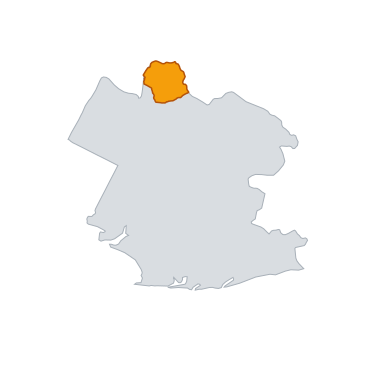 Zadiè, Ogooué-Ivindo, Gabon shown in context, rotated 297°
{"feature_id": "22940354B86386728493807", "entity_name": "Zadiè", "entity_type": "district", "adm_level": 2, "iso_a3": "GAB", "parent_name": "Gabon", "parent_adm1": "Ogooué-Ivindo", "projection": "natural_earth1", "projection_center": [13.91, 0.867], "detail": "fine", "context": "in_parent", "style": "filled", "palette": "amber", "viewbox_px": 384, "rotation_deg": 297, "n_neighbors": 0, "source": "geoboundaries", "source_scale": "gbopen_adm2", "svg_char_len": 5970}
<svg xmlns="http://www.w3.org/2000/svg" viewBox="0 0 384 384"><g transform="rotate(297 192 192)"><path d="M255.2,63.6L255.0,66.7L252.1,74.1L250.7,79.8L250.3,85.8L251.2,90.7L252.6,94.2L253.5,98.0L252.8,100.7L251.4,101.8L252.3,103.1L254.5,103.4L258.2,102.3L263.8,100.3L271.2,97.3L276.1,95.8L284.1,96.8L288.4,97.9L290.6,99.9L293.0,108.6L294.1,110.0L296.1,113.7L297.7,118.1L298.0,120.4L297.9,122.0L296.2,124.4L294.4,128.0L293.7,130.1L292.2,131.7L290.3,133.3L284.9,133.9L284.1,134.8L282.6,138.6L279.7,141.8L278.5,144.8L277.3,148.9L277.5,153.8L277.0,161.0L276.4,165.9L277.8,167.6L284.2,168.8L285.5,169.7L287.2,172.8L289.4,175.6L295.2,177.4L297.5,179.5L299.3,181.9L299.6,183.8L298.3,191.6L297.0,199.1L297.5,204.8L298.0,210.3L298.7,218.2L298.3,223.0L296.7,226.0L296.7,228.3L297.4,231.1L296.0,238.8L295.0,240.1L292.4,241.6L291.0,243.6L290.6,246.9L289.2,251.3L287.7,253.0L287.7,255.1L289.1,256.6L289.1,258.9L286.5,261.6L284.9,263.8L281.4,264.8L277.4,263.7L276.5,262.2L277.4,259.8L277.1,257.8L275.7,255.8L273.6,250.7L271.7,249.6L270.6,251.7L267.4,255.6L261.6,260.7L257.6,261.1L250.2,259.5L244.0,257.1L241.0,251.2L239.2,246.3L236.5,240.6L233.6,237.9L230.4,236.2L229.0,236.1L224.4,239.2L223.0,240.5L223.1,243.2L223.5,245.6L224.2,246.8L224.8,248.4L224.7,250.9L223.9,254.2L223.6,257.8L209.3,261.4L206.8,260.1L205.0,258.5L202.9,258.8L196.7,260.6L194.4,259.3L192.2,258.4L191.1,259.2L191.0,260.7L192.1,269.3L191.8,272.6L190.4,276.8L189.6,279.7L193.4,280.6L194.8,281.9L196.1,284.1L197.9,286.1L198.1,287.3L196.0,289.5L195.3,292.3L196.3,294.5L198.9,296.7L202.6,299.1L204.5,300.6L204.3,302.0L202.5,305.0L201.9,307.5L200.7,309.8L200.9,311.9L202.6,313.9L202.4,315.6L201.3,316.9L198.9,316.7L197.0,316.8L195.2,316.3L189.6,309.5L188.4,309.3L180.3,314.5L178.3,316.7L176.7,319.8L174.4,326.4L170.8,322.5L167.6,315.4L163.9,311.1L156.1,304.0L154.1,298.8L145.2,287.4L132.4,275.9L123.2,266.0L121.8,263.8L123.3,264.1L132.3,269.0L133.5,268.5L134.5,267.3L130.6,264.8L127.0,262.7L123.5,261.4L120.1,261.5L118.1,259.4L116.9,256.2L116.3,253.5L114.7,250.7L109.8,244.8L108.6,242.5L106.0,239.4L107.6,239.0L112.8,241.9L113.3,240.8L112.8,239.0L107.6,236.2L104.7,236.0L104.1,234.0L104.4,231.7L100.7,223.2L96.8,216.7L96.1,213.7L106.7,227.7L108.1,227.9L110.0,227.8L114.3,226.2L113.5,224.3L111.5,222.3L109.6,223.3L107.1,223.4L105.8,222.6L105.2,221.2L107.7,214.4L106.7,214.7L105.9,215.9L104.5,216.5L102.4,216.9L97.2,213.2L92.6,203.4L91.4,201.4L90.2,198.0L88.9,196.6L83.7,182.7L85.7,183.7L88.1,187.7L92.8,186.9L94.6,184.5L96.2,184.6L97.8,184.1L99.9,181.9L105.8,172.3L107.4,159.6L106.9,152.1L106.0,144.6L108.0,142.2L108.8,143.8L109.2,146.5L110.1,148.4L112.3,150.2L116.2,150.7L122.4,153.4L124.5,155.2L125.1,151.7L132.2,148.7L130.1,147.6L123.8,148.8L115.2,144.3L112.3,141.5L109.7,136.1L106.9,133.2L107.1,130.7L113.3,128.4L114.9,128.6L115.6,131.4L117.2,132.6L117.9,132.2L118.1,129.8L118.2,123.4L116.3,114.2L116.8,112.5L118.5,111.9L120.1,110.6L121.1,110.4L123.2,110.6L124.2,112.8L124.8,113.9L126.9,114.5L128.7,115.6L130.1,115.3L131.4,114.0L133.2,113.7L138.8,113.7L143.9,113.7L154.1,113.8L164.2,113.8L174.4,113.9L182.0,113.9L182.0,108.6L182.0,100.6L181.9,91.0L181.9,81.9L181.9,73.4L181.8,63.4L182.2,60.5L182.7,59.3L182.6,57.7L190.4,57.6L204.6,58.3L210.9,58.2L212.6,58.3L220.4,57.8L226.7,58.5L229.4,59.2L231.8,59.5L239.3,60.0L249.2,59.4L252.5,59.5L254.3,60.9L255.2,63.6Z" fill="#d9dde1" stroke="#a8b0b8" stroke-width="1"/><path d="M279.5,143.7L279.7,143.2L280.1,142.6L280.4,142.1L280.7,141.5L281.0,141.0L281.6,140.5L282.4,140.1L283.4,139.5L284.0,139.1L284.4,138.7L284.6,138.2L284.8,137.3L284.9,136.9L284.7,136.5L284.4,136.1L284.3,135.8L284.3,135.4L284.6,134.9L285.1,134.2L285.6,133.9L286.4,133.6L286.8,133.5L287.5,133.5L288.2,133.5L288.9,133.6L290.1,133.6L291.6,133.5L291.9,133.3L292.7,132.4L293.5,131.6L294.1,131.0L294.9,130.3L295.1,129.9L295.3,129.5L295.3,128.9L295.4,128.2L295.4,127.6L295.4,127.0L295.7,126.6L296.0,126.1L296.5,125.4L296.9,124.9L297.5,124.4L298.2,123.7L299.0,122.6L299.3,122.1L299.6,121.7L299.6,121.2L299.5,120.8L299.4,120.3L299.4,120.0L299.3,119.7L299.2,119.4L299.4,119.1L299.7,118.9L300.0,118.7L300.2,118.3L300.3,118.0L300.3,117.6L300.1,117.3L299.8,117.2L299.3,116.9L298.8,116.3L298.0,115.5L297.2,114.2L296.7,113.1L296.4,111.8L296.1,110.9L295.8,110.3L295.3,109.9L294.9,109.7L294.3,109.4L293.6,108.8L293.1,107.8L292.8,106.7L292.9,105.9L292.8,104.3L292.8,103.1L292.7,102.0L292.5,101.0L292.4,100.4L292.1,100.0L291.9,99.7L291.4,99.3L291.0,98.9L290.6,98.5L289.9,98.0L289.5,97.6L288.8,97.3L288.3,97.2L287.6,97.0L287.1,97.0L286.7,97.2L286.3,97.3L285.8,97.5L285.3,97.8L284.8,97.8L284.5,97.8L284.0,97.7L283.7,97.5L283.5,97.2L283.1,96.8L282.7,96.4L282.2,96.2L281.4,96.1L279.1,95.8L276.0,95.6L274.5,95.5L274.1,95.5L273.8,95.8L273.6,96.2L273.6,96.5L273.3,97.1L273.1,97.7L272.8,98.1L272.4,98.3L272.1,98.2L271.9,98.1L271.6,98.1L271.3,98.1L271.1,98.3L270.8,98.6L270.5,98.7L269.9,98.8L269.1,98.8L268.5,98.9L268.1,99.2L267.7,99.5L267.3,99.8L266.9,100.0L266.5,100.2L266.5,101.5L266.5,102.9L266.5,104.3L266.4,105.2L266.4,106.3L266.3,107.2L266.3,107.9L266.3,108.5L266.1,108.9L265.6,109.2L265.1,109.5L264.6,110.0L264.0,110.7L263.5,111.1L263.1,111.4L262.8,111.8L262.4,111.9L262.2,112.2L262.1,112.5L261.8,113.2L261.5,113.6L261.1,114.1L260.5,114.7L259.9,114.8L259.2,114.8L258.9,114.9L258.8,115.1L258.5,115.2L258.0,115.5L257.8,115.8L257.5,116.3L257.3,116.9L256.9,117.3L256.5,117.7L256.0,118.3L255.7,118.8L255.7,119.2L255.9,119.9L256.1,120.2L256.4,121.2L256.6,121.6L256.9,122.4L257.2,123.1L257.5,124.2L257.8,125.0L258.5,126.2L259.0,127.3L259.3,127.7L259.9,128.1L260.4,128.2L260.8,128.4L261.1,128.8L261.2,129.2L261.5,129.5L261.9,129.7L262.2,129.9L262.8,130.8L263.9,132.3L264.1,132.8L264.8,133.7L265.3,134.1L265.8,134.4L266.4,134.7L266.9,135.2L267.3,135.5L267.9,135.7L268.5,135.9L269.1,136.3L269.6,136.6L269.9,137.0L270.4,137.8L270.7,138.5L271.0,139.0L271.5,139.2L272.4,139.5L273.7,139.9L274.7,140.5L275.8,141.2L276.9,142.0L277.6,142.5L278.1,143.1L278.9,143.5L279.5,143.7Z" fill="#f59e0b" stroke="#b45309" stroke-width="1.5"/></g></svg>